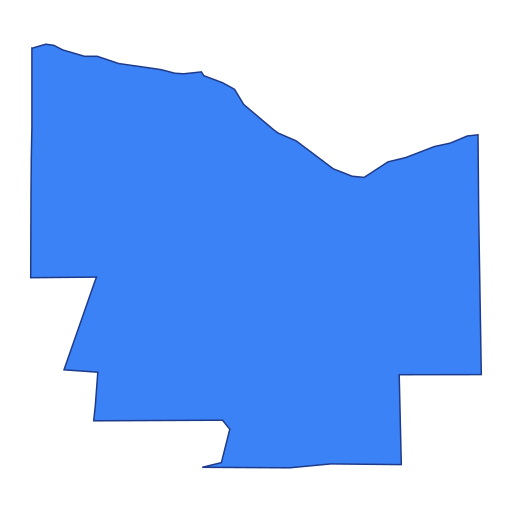 outline of Monroe, New York, United States of America
{"feature_id": "52423323B52767364873789", "entity_name": "Monroe", "entity_type": "district", "adm_level": 2, "iso_a3": "USA", "parent_name": "United States of America", "parent_adm1": "New York", "projection": "mercator", "projection_center": [-77.731, 43.155], "detail": "fine", "context": "isolated", "style": "filled", "palette": "blue", "viewbox_px": 512, "rotation_deg": 0, "n_neighbors": 0, "source": "geoboundaries", "source_scale": "gbopen_adm2", "svg_char_len": 722}
<svg xmlns="http://www.w3.org/2000/svg" viewBox="0 0 512 512"><path d="M30.7,277.7L96.5,277.1L94.9,281.3L64.0,369.8L97.8,372.2L95.3,405.9L93.7,420.8L222.5,420.2L229.8,429.2L221.4,462.6L202.2,467.3L289.7,467.8L330.9,463.9L401.3,464.6L399.2,374.7L481.3,374.6L478.7,215.1L478.0,134.8L467.2,136.0L450.3,143.1L434.2,146.6L405.6,157.6L388.1,161.8L364.1,177.4L352.0,176.2L333.2,168.8L315.2,155.2L300.8,144.4L296.4,141.0L278.0,133.0L273.3,129.5L243.7,104.5L234.6,89.4L222.7,82.8L203.8,75.7L201.4,71.9L183.5,73.8L174.6,73.2L166.4,71.0L160.9,69.6L118.5,63.5L97.3,56.3L84.4,56.3L62.7,49.9L53.8,45.3L45.7,44.2L32.5,48.1L31.9,48.0L31.9,127.5L31.3,157.4L31.0,192.2L30.7,277.7Z" fill="#3b82f6" stroke="#1e3a8a" stroke-width="1.5"/></svg>